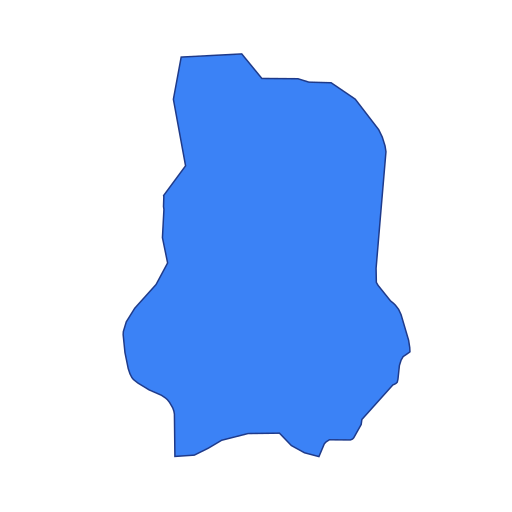 map outline of Kissidougou (Albers equal-area conic projection), rotated 262°
{"feature_id": "GIN-5644", "entity_name": "Kissidougou", "entity_type": "Prefecture", "adm_level": 1, "iso_a3": "GIN", "parent_name": "Guinea", "parent_adm1": "", "projection": "albers", "projection_center": [-10.045, 9.288], "detail": "fine", "context": "isolated", "style": "filled", "palette": "blue", "viewbox_px": 512, "rotation_deg": 262, "n_neighbors": 0, "source": "natural_earth", "source_scale": "10m", "svg_char_len": 1090}
<svg xmlns="http://www.w3.org/2000/svg" viewBox="0 0 512 512"><g transform="rotate(262 256 256)"><path d="M221.2,128.7L241.7,153.1L261.4,167.5L287.2,165.9L314.9,171.3L317.9,171.3L327.6,173.0L328.7,172.9L355.1,198.8L422.7,196.0L463.4,209.6L458.1,270.0L431.0,286.5L425.7,322.2L420.8,332.6L417.1,354.5L397.5,376.1L364.0,395.1L356.2,397.6L347.1,399.1L341.1,399.2L282.5,385.8L227.1,373.2L213.1,371.5L209.9,372.8L192.9,382.9L190.0,385.6L187.9,387.2L183.3,389.8L177.7,391.5L151.3,395.4L143.9,395.5L139.7,395.1L139.1,394.1L135.9,387.7L132.7,385.2L127.7,382.8L114.2,379.4L111.4,378.3L110.5,377.1L109.8,375.5L109.3,373.6L79.4,338.1L74.5,336.7L62.4,327.5L61.3,326.1L60.7,323.9L63.8,303.1L62.2,299.6L60.5,297.5L48.6,290.4L54.4,276.6L63.4,264.6L77.3,254.6L81.3,223.4L78.3,196.3L72.4,182.2L67.4,167.2L68.8,147.8L110.8,153.2L113.7,153.1L117.2,152.4L123.1,150.0L126.0,148.3L127.9,146.7L131.3,142.9L138.3,131.5L146.7,121.3L150.7,117.5L151.8,116.8L153.1,116.1L156.9,114.8L162.3,113.8L178.6,112.8L196.5,113.5L199.6,114.1L208.9,118.4L221.2,128.7Z" fill="#3b82f6" stroke="#1e3a8a" stroke-width="1.5"/></g></svg>